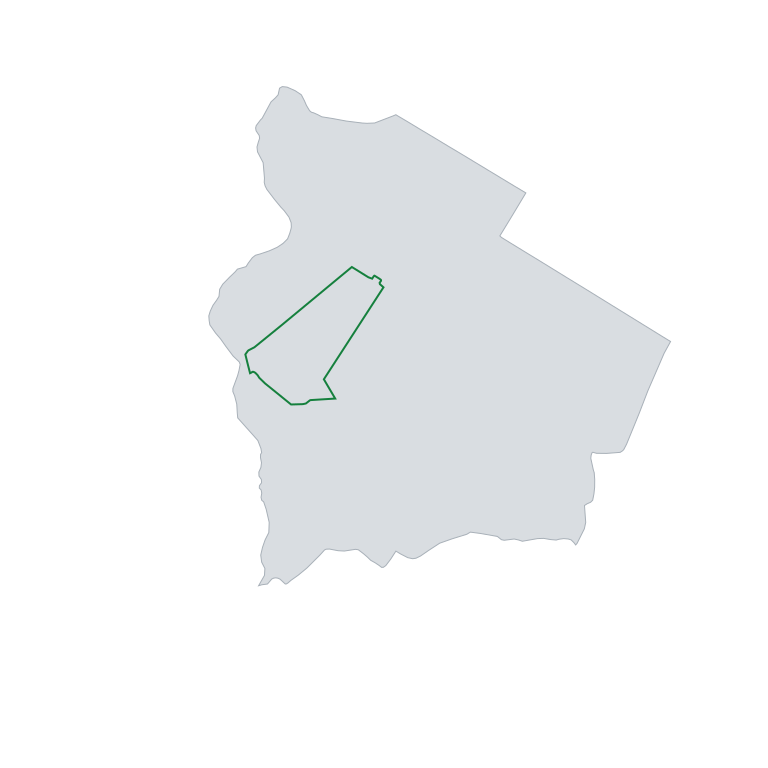 where Kweneng sits in Botswana, rotated 123°
{"feature_id": "BWA-2647", "entity_name": "Kweneng", "entity_type": "District", "adm_level": 1, "iso_a3": "BWA", "parent_name": "Botswana", "parent_adm1": "", "projection": "orthographic", "projection_center": [24.77, -23.86], "detail": "fine", "context": "in_parent", "style": "outline", "palette": "green", "viewbox_px": 768, "rotation_deg": 123, "n_neighbors": 0, "source": "natural_earth", "source_scale": "10m", "svg_char_len": 3372}
<svg xmlns="http://www.w3.org/2000/svg" viewBox="0 0 768 768"><g transform="rotate(123 384 384)"><path d="M414.6,135.6L413.6,138.3L412.8,142.2L413.7,145.2L415.8,149.1L418.8,152.6L421.1,154.6L423.8,159.7L426.5,166.0L430.0,171.0L440.5,182.3L441.6,186.4L443.1,190.4L449.6,198.1L450.6,200.7L450.1,205.9L456.8,221.7L461.2,230.9L464.9,232.7L476.8,242.6L487.2,250.6L499.4,256.0L508.4,259.7L512.7,262.3L514.9,264.8L516.7,269.5L517.5,277.7L517.7,283.0L527.3,283.0L535.3,283.6L538.1,284.7L539.1,286.2L538.8,289.7L538.8,294.9L539.1,299.1L538.2,303.6L537.5,308.8L537.0,315.3L538.2,317.9L545.7,326.3L548.8,331.7L552.1,339.8L554.0,342.5L555.6,343.5L562.5,344.6L580.2,348.4L591.0,351.8L599.6,355.2L603.2,356.2L605.0,357.1L605.5,357.9L604.3,364.9L604.6,367.1L605.5,369.2L606.9,370.8L608.7,371.9L615.2,372.8L619.0,377.2L621.5,379.3L609.6,380.0L603.6,383.4L600.0,389.6L594.6,394.2L587.2,396.9L579.5,398.8L571.3,399.7L562.6,404.9L553.2,414.6L548.4,420.7L548.1,423.2L546.0,425.4L542.1,427.1L539.8,429.3L539.2,431.9L537.1,433.1L533.5,432.9L530.9,434.8L529.3,438.7L526.0,441.0L521.0,441.8L516.7,443.9L513.0,447.5L510.2,449.2L508.2,449.2L505.1,452.1L500.1,459.0L499.2,462.2L492.1,488.2L488.3,491.2L481.1,496.5L475.3,502.8L472.7,506.6L470.0,508.3L456.8,511.3L451.8,512.9L445.9,515.3L444.3,517.5L442.8,525.6L438.6,537.1L435.2,545.6L433.0,553.0L429.3,562.2L426.0,565.2L422.3,568.0L417.5,569.4L411.0,570.3L405.0,570.0L400.4,570.1L394.0,573.4L388.1,573.6L378.6,571.7L370.9,569.9L367.5,569.5L360.7,563.6L356.4,563.7L349.7,563.2L346.0,561.9L342.5,558.8L334.9,552.8L327.5,548.0L320.9,545.2L314.8,543.9L309.0,545.1L304.5,546.5L302.8,547.2L299.3,549.7L295.8,554.6L293.0,562.1L291.9,566.7L288.8,576.5L284.6,588.2L282.6,591.6L280.2,594.2L276.4,596.4L264.2,605.9L258.2,616.5L254.4,619.6L249.7,621.1L245.8,622.1L243.6,623.9L241.3,629.2L239.2,631.1L236.9,631.9L229.8,631.4L227.5,630.9L208.9,632.4L203.1,630.9L199.1,630.3L192.8,632.7L190.0,631.3L187.8,627.0L186.4,618.2L186.5,610.8L189.8,605.0L192.6,600.8L195.3,595.3L195.6,592.8L194.9,590.7L194.2,586.2L193.8,581.7L189.4,571.8L184.0,558.8L176.9,544.2L174.6,540.2L170.2,534.0L154.1,522.3L151.7,520.7L151.7,519.4L151.2,507.6L150.7,491.9L150.1,476.2L149.6,460.6L149.0,444.9L148.5,429.3L148.0,413.6L147.5,397.9L147.0,382.3L146.5,369.1L158.0,368.7L172.3,368.2L189.2,367.7L196.7,367.5L197.1,365.4L196.9,355.7L196.3,333.4L195.7,311.2L195.2,288.9L194.6,266.7L194.1,244.4L193.6,222.2L193.1,200.0L192.6,177.8L192.3,166.8L205.7,165.8L221.0,163.2L246.0,159.0L269.2,154.1L284.3,151.2L302.3,147.8L308.5,147.2L310.2,147.6L312.7,148.7L321.1,159.7L326.4,168.1L327.5,171.7L328.5,172.1L330.9,171.5L333.7,170.1L342.1,161.6L343.9,159.4L349.3,155.3L355.9,151.1L361.8,148.1L367.8,145.7L370.6,146.3L373.8,148.4L376.7,149.7L390.3,139.4L396.4,137.1L412.4,135.3L414.6,135.6Z" fill="#d9dde1" stroke="#a8b0b8" stroke-width="1"/><path d="M412.8,437.0L422.8,417.0L437.4,436.7L437.8,437.1L438.5,437.4L442.9,438.9L445.1,441.1L451.8,450.8L448.3,484.1L446.7,492.1L446.1,493.3L445.4,494.9L444.7,498.0L444.8,499.6L445.1,500.6L445.6,501.0L446.1,501.2L447.1,501.7L447.9,502.2L442.1,508.5L434.7,516.4L430.5,516.2L429.6,516.0L423.8,512.7L391.3,502.2L382.7,499.5L303.4,474.7L303.0,455.2L302.1,451.3L299.3,451.3L298.8,451.2L298.4,451.1L298.3,450.7L298.2,445.5L298.3,443.4L298.7,442.9L299.2,442.7L301.5,442.8L302.5,441.8L303.2,437.1L412.8,437.0Z" fill="none" stroke="#15803d" stroke-width="2"/></g></svg>